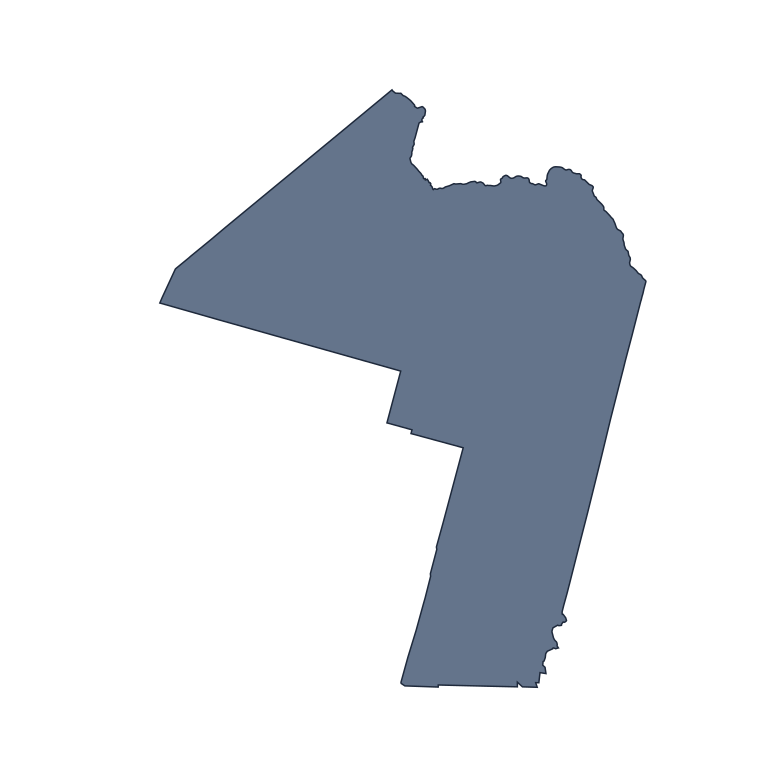 Aroostook, Maine, United States of America (orthographic projection), rotated 15°
{"feature_id": "52423323B61306663314312", "entity_name": "Aroostook", "entity_type": "district", "adm_level": 2, "iso_a3": "USA", "parent_name": "United States of America", "parent_adm1": "Maine", "projection": "orthographic", "projection_center": [-68.421, 46.517], "detail": "fine", "context": "isolated", "style": "filled", "palette": "slate", "viewbox_px": 768, "rotation_deg": 15, "n_neighbors": 0, "source": "geoboundaries", "source_scale": "gbopen_adm2", "svg_char_len": 4882}
<svg xmlns="http://www.w3.org/2000/svg" viewBox="0 0 768 768"><g transform="rotate(15 384 384)"><path d="M610.5,637.3L607.8,633.2L610.9,632.5L609.4,622.4L615.4,621.8L612.9,616.0L610.1,614.5L609.5,610.9L610.3,610.2L610.6,606.6L610.0,602.6L610.9,599.9L615.5,596.1L615.4,595.6L615.5,595.5L616.0,595.1L617.1,595.1L618.3,595.3L618.6,595.2L619.0,594.8L620.8,593.8L619.1,592.3L618.9,591.9L618.7,590.6L617.8,589.0L617.2,588.4L615.9,587.7L614.8,586.9L613.4,585.3L612.0,582.8L610.4,580.0L610.2,578.6L610.3,575.9L610.5,575.6L614.2,572.0L614.7,572.1L615.5,572.2L617.7,571.3L617.9,571.1L617.7,570.0L618.5,567.7L618.8,567.5L619.6,567.6L620.4,567.1L621.2,566.1L621.5,565.2L620.0,562.8L616.6,560.1L616.3,560.1L615.9,560.3L615.3,559.1L615.0,557.6L614.9,551.3L615.0,539.0L614.9,528.7L614.3,484.0L614.0,455.7L613.1,407.8L612.9,399.0L611.9,358.6L611.9,358.0L611.3,310.7L611.3,308.4L611.1,299.6L611.0,276.1L611.0,273.5L610.6,237.4L610.7,236.3L610.6,232.7L610.7,229.6L610.5,225.1L610.5,218.4L610.5,217.5L610.3,216.8L609.5,216.2L607.4,215.2L606.1,214.4L604.9,212.8L604.0,212.1L603.5,211.9L601.6,211.5L600.7,211.1L598.2,209.2L595.0,207.5L593.8,207.0L592.2,206.5L591.5,206.1L591.0,205.5L590.6,205.0L590.0,203.7L589.8,203.2L589.8,201.6L589.7,199.8L589.2,198.6L589.0,198.2L587.3,196.6L586.9,195.9L585.4,192.7L583.5,191.8L582.2,190.9L582.0,190.5L580.1,187.7L579.4,185.7L578.6,184.3L578.3,184.0L577.3,182.3L577.1,181.5L576.9,179.3L576.7,178.2L576.0,177.2L574.4,176.2L573.2,175.1L572.7,174.9L569.7,174.2L568.9,173.7L568.5,173.4L567.2,171.7L565.5,169.1L563.5,166.7L562.7,165.6L559.8,163.9L559.1,163.3L554.0,160.1L551.5,159.1L551.1,158.4L550.8,157.0L550.3,156.0L549.7,155.4L547.7,153.9L542.1,150.8L541.7,150.5L540.9,149.3L540.3,148.7L538.5,148.1L536.8,145.7L535.4,143.9L535.2,143.4L535.1,142.7L535.3,140.4L535.1,139.6L534.8,139.2L533.5,138.5L530.5,138.1L525.1,135.0L524.7,134.9L523.3,135.1L522.6,135.0L521.9,134.6L520.9,133.5L520.6,132.8L520.6,131.9L520.5,131.6L519.9,130.9L518.4,130.3L517.3,130.6L515.7,131.1L512.2,131.1L511.2,130.7L510.7,130.4L509.5,129.2L508.3,128.7L507.2,128.8L506.5,129.0L504.9,130.0L504.2,130.2L503.0,130.0L500.3,128.9L498.9,128.8L497.6,128.9L493.7,129.7L492.4,130.2L491.5,130.7L490.6,131.6L489.7,132.6L488.9,134.0L488.5,134.8L487.7,138.9L487.7,140.3L488.3,144.2L488.2,144.7L487.6,145.5L487.6,146.1L487.8,146.6L488.9,147.8L489.2,148.3L489.4,148.8L489.5,149.4L489.5,150.0L489.3,150.5L488.9,150.8L488.0,151.1L486.6,151.1L481.8,150.5L481.2,150.7L479.3,152.1L478.6,152.5L477.8,152.5L475.6,152.0L474.5,152.3L472.5,151.7L472.2,151.2L471.8,150.4L471.4,149.4L470.9,148.6L470.1,148.0L469.1,147.8L468.3,148.0L466.7,148.6L465.8,148.8L464.6,148.7L463.1,148.1L462.4,148.0L460.3,148.2L459.1,148.6L458.0,149.2L455.8,151.5L454.4,152.2L453.3,152.4L452.9,152.4L451.5,151.9L449.3,150.9L447.8,150.8L446.9,151.4L445.7,152.5L445.3,153.0L444.9,154.6L444.0,155.5L443.6,156.1L443.7,156.7L444.4,158.1L444.6,158.7L444.6,159.3L444.3,159.8L442.4,162.3L441.7,162.9L439.3,164.2L438.2,164.4L435.3,164.7L433.5,165.2L432.3,165.3L431.3,166.0L430.6,166.2L430.2,166.1L427.7,164.3L425.3,163.8L424.8,163.9L424.1,164.2L421.7,165.7L421.0,165.5L420.5,165.0L420.0,164.8L419.1,164.8L415.5,166.3L413.5,167.8L412.1,169.1L409.5,170.4L408.4,170.7L406.2,170.6L401.5,172.3L399.7,172.4L395.8,175.6L392.2,177.8L391.1,179.1L390.3,179.8L389.2,180.2L387.5,180.3L386.8,180.6L386.1,181.1L385.2,182.1L383.6,182.4L382.9,182.2L382.4,182.2L381.8,182.7L381.3,183.5L381.0,183.4L380.5,182.8L379.5,181.2L378.1,180.2L377.5,180.1L377.4,178.5L376.5,177.7L376.1,177.6L375.8,177.9L375.4,177.8L374.2,176.3L372.8,175.0L371.5,176.1L371.2,176.2L370.9,176.1L370.8,175.1L370.6,174.9L369.6,175.3L369.0,175.3L367.9,173.1L366.7,172.6L366.1,171.9L364.9,170.9L362.6,169.5L360.2,167.7L356.2,165.2L354.9,164.6L354.2,164.4L352.8,163.2L350.8,159.7L350.7,159.4L350.8,158.7L351.0,158.0L351.2,157.7L351.5,156.5L351.3,154.3L351.0,153.5L350.8,152.4L351.0,151.1L350.9,149.1L350.8,148.8L350.4,148.6L350.4,148.2L350.4,147.0L350.7,146.6L351.1,144.6L350.0,141.7L350.3,138.2L350.3,122.9L351.9,121.1L352.4,121.2L353.3,120.8L353.2,120.4L352.6,119.9L352.3,119.5L352.1,118.7L352.6,117.1L352.9,117.0L353.1,116.8L352.8,116.4L352.7,115.9L353.4,115.0L353.9,113.8L353.4,109.5L352.7,108.2L352.5,107.9L350.1,106.4L349.0,106.2L347.8,107.0L345.0,108.9L344.6,108.9L341.7,108.0L341.5,106.9L341.3,106.7L339.3,105.3L336.4,103.4L331.5,101.2L329.6,100.6L327.9,100.5L325.0,98.8L324.3,99.1L319.8,100.1L316.5,98.6L315.6,97.8L270.8,160.8L244.1,198.3L190.7,273.2L178.8,290.3L164.2,310.6L162.7,312.9L153.3,326.0L152.7,327.0L147.3,358.1L146.5,363.8L209.4,364.8L396.8,367.2L396.9,420.8L422.9,421.0L422.9,424.9L477.0,425.1L477.0,503.1L476.8,527.9L477.8,530.1L477.9,555.3L478.8,557.7L479.1,580.1L479.0,585.3L478.8,613.7L477.8,641.6L477.6,667.8L478.1,668.8L482.3,670.2L514.8,662.7L514.3,660.7L559.2,649.8L591.2,642.0L590.0,637.5L596.1,640.7L610.5,637.3Z" fill="#64748b" stroke="#1e293b" stroke-width="1.5"/></g></svg>